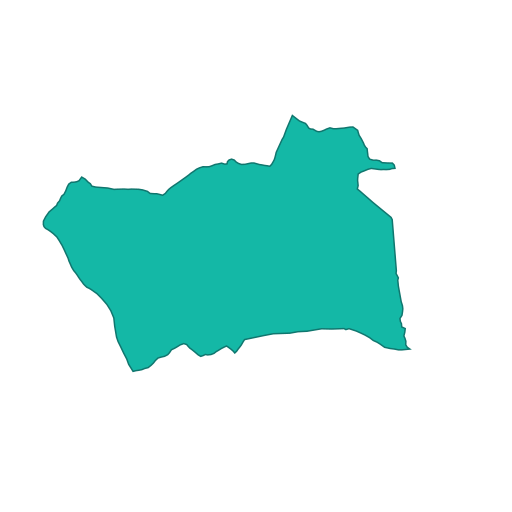 outline of Vihiga, Western, Kenya, rotated 238°
{"feature_id": "3690345B61928390686387", "entity_name": "Vihiga", "entity_type": "district", "adm_level": 2, "iso_a3": "KEN", "parent_name": "Kenya", "parent_adm1": "Western", "projection": "natural_earth1", "projection_center": [34.696, 0.032], "detail": "fine", "context": "isolated", "style": "filled", "palette": "teal", "viewbox_px": 512, "rotation_deg": 238, "n_neighbors": 0, "source": "geoboundaries", "source_scale": "gbopen_adm2", "svg_char_len": 3666}
<svg xmlns="http://www.w3.org/2000/svg" viewBox="0 0 512 512"><g transform="rotate(238 256 256)"><path d="M218.5,105.4L218.9,109.1L219.6,112.3L220.7,115.3L221.4,118.9L220.5,122.1L219.4,125.3L219.1,128.8L219.8,131.3L221.3,134.6L220.9,138.1L220.8,141.5L220.8,144.6L220.0,148.3L217.7,150.3L215.4,150.6L212.9,151.1L210.2,152.2L206.6,153.4L203.0,154.5L200.2,155.9L199.6,158.3L199.3,160.9L197.8,162.5L196.3,165.6L195.7,168.8L196.0,171.5L195.9,173.8L195.9,177.6L195.6,180.9L195.3,183.3L193.3,184.2L190.5,185.3L187.6,186.2L185.0,186.6L185.5,189.1L186.5,191.4L187.4,194.0L188.3,196.3L189.8,199.1L191.2,202.0L184.4,220.5L183.2,223.6L180.9,229.5L172.6,243.9L169.6,251.4L166.5,257.0L165.2,259.3L161.8,267.6L159.5,273.1L153.9,281.6L147.8,292.2L146.0,293.2L145.1,296.4L139.2,301.3L135.2,304.0L131.3,306.5L126.5,309.1L122.2,310.7L118.6,313.1L115.5,314.6L110.4,316.7L108.2,319.0L106.4,320.8L103.9,323.9L101.0,327.0L99.0,330.2L95.6,337.1L98.5,335.9L101.3,335.9L104.3,337.9L107.3,338.7L109.8,339.0L112.5,341.8L115.4,344.1L118.6,342.0L121.6,343.5L123.8,343.7L126.7,344.9L128.4,348.4L131.3,350.9L133.4,352.5L136.1,353.8L138.3,354.4L140.3,354.9L155.1,360.8L157.7,362.1L160.4,363.4L162.0,365.1L164.1,365.3L167.0,365.5L169.1,367.2L214.7,390.8L217.2,391.0L239.5,383.5L248.4,380.8L253.0,379.4L255.7,378.6L259.1,377.4L261.6,379.9L264.2,381.2L266.1,382.1L268.0,383.4L271.4,386.1L271.5,389.6L270.9,392.6L270.2,396.9L269.2,400.1L267.0,402.8L264.5,405.8L263.0,407.8L261.8,410.0L260.3,412.2L258.7,415.2L258.1,417.6L256.7,420.3L259.8,421.4L262.5,420.9L265.1,416.9L268.3,412.4L271.3,411.2L273.4,409.0L275.1,406.2L277.9,403.7L281.1,403.7L283.3,404.8L285.7,405.9L288.1,407.1L290.2,406.6L292.8,406.6L294.8,407.0L299.7,407.4L303.7,407.4L306.4,408.1L308.7,408.8L311.6,407.6L314.0,406.6L315.6,403.8L317.9,398.3L319.7,394.9L321.4,391.5L322.9,389.1L325.5,386.6L326.3,383.0L326.5,380.7L327.1,377.5L328.0,375.2L329.5,373.6L331.3,372.6L333.4,371.5L334.7,369.6L336.5,368.5L340.1,368.5L342.2,368.2L345.2,366.0L347.5,364.4L351.2,363.0L355.9,361.3L347.3,348.9L342.3,342.5L341.0,339.9L333.2,328.1L331.2,326.1L329.4,324.2L327.9,322.4L326.7,320.3L325.4,317.8L324.8,315.2L326.5,313.4L328.4,311.1L330.2,309.2L331.7,307.4L333.8,305.5L336.0,303.5L337.4,301.2L338.4,298.5L339.5,295.4L341.4,292.1L343.8,290.2L346.1,289.0L348.9,288.4L351.1,286.6L351.7,284.0L351.1,281.8L349.5,280.3L350.4,278.2L353.0,276.0L354.1,272.7L355.3,269.8L355.9,266.2L356.5,263.7L357.7,261.5L359.8,258.3L360.7,254.8L361.1,251.6L360.8,247.7L360.7,244.5L360.3,241.8L360.0,238.0L359.8,234.4L359.6,231.3L359.4,227.5L359.3,223.9L359.1,220.1L358.7,217.2L358.0,214.7L357.1,212.3L357.0,209.0L359.5,206.7L361.4,204.8L363.0,202.3L365.2,199.3L368.3,198.2L372.1,194.9L374.7,191.9L376.5,189.2L378.7,185.9L380.3,182.9L382.8,179.4L385.2,175.3L386.5,173.1L387.7,170.9L392.2,166.3L399.3,156.7L402.2,153.8L405.1,153.8L407.5,152.8L411.7,151.9L415.3,150.0L413.6,145.8L414.0,143.3L415.0,140.8L416.4,138.4L416.2,135.3L414.5,132.4L412.0,129.1L410.1,125.9L409.8,123.1L408.5,120.9L406.9,118.7L406.0,115.7L404.5,113.7L404.2,111.2L403.7,108.6L403.1,104.1L400.7,98.4L398.2,94.2L395.3,92.3L393.2,91.8L390.9,92.2L388.4,93.6L385.6,94.8L382.3,96.0L379.9,96.6L377.8,97.2L373.0,97.3L370.0,97.2L368.0,97.2L363.2,96.7L358.7,96.1L353.8,95.5L350.7,94.7L347.0,94.2L344.6,93.8L342.4,93.7L340.0,93.7L337.3,94.1L334.2,94.3L332.0,94.3L329.5,94.4L326.8,94.7L323.6,94.9L321.3,95.4L319.1,96.0L317.0,97.4L315.0,98.4L308.3,101.2L302.1,102.6L293.8,103.9L289.2,103.9L286.6,103.9L278.8,102.6L271.4,99.0L261.2,94.8L256.5,93.7L250.4,93.1L243.6,92.3L237.1,91.8L231.6,90.6L223.3,90.6L222.4,93.4L221.2,96.1L220.1,99.0L219.6,102.0L218.5,105.4Z" fill="#14b8a6" stroke="#0f766e" stroke-width="1.5"/></g></svg>